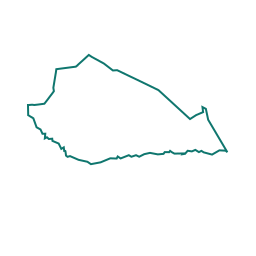 the district of Sampson, North Carolina, United States of America, rotated 299°
{"feature_id": "52423323B72025487819763", "entity_name": "Sampson", "entity_type": "district", "adm_level": 2, "iso_a3": "USA", "parent_name": "United States of America", "parent_adm1": "North Carolina", "projection": "equal_earth", "projection_center": [-78.438, 34.935], "detail": "fine", "context": "isolated", "style": "outline", "palette": "teal", "viewbox_px": 256, "rotation_deg": 299, "n_neighbors": 0, "source": "geoboundaries", "source_scale": "gbopen_adm2", "svg_char_len": 1211}
<svg xmlns="http://www.w3.org/2000/svg" viewBox="0 0 256 256"><g transform="rotate(299 128 128)"><path d="M108.1,148.2L108.3,151.7L113.0,154.9L116.9,159.3L119.4,166.9L122.6,171.6L124.7,171.8L126.8,175.7L128.4,175.9L128.1,178.0L128.1,181.0L132.5,188.6L131.6,188.5L133.1,190.4L137.0,191.2L138.5,195.2L141.5,197.5L141.3,201.7L143.6,203.3L143.4,206.0L145.5,214.4L152.8,218.8L155.5,224.4L155.0,226.6L174.1,194.1L182.5,186.8L182.4,183.0L178.3,186.0L172.4,181.4L165.9,177.9L175.9,136.3L174.3,107.4L174.2,106.1L173.3,90.5L171.0,86.9L172.7,75.6L172.6,62.1L172.9,58.3L158.5,53.4L158.2,53.5L158.0,53.4L156.9,52.8L156.4,52.7L144.7,36.8L140.8,38.3L140.1,38.5L139.6,38.7L127.0,43.2L125.2,44.6L124.3,45.3L123.0,45.2L116.8,44.3L113.8,43.9L113.2,43.8L108.7,43.1L105.2,38.4L102.7,34.9L101.9,32.9L99.7,29.6L99.6,29.4L90.8,34.5L90.6,40.5L84.3,47.7L84.3,52.2L81.5,56.0L82.9,58.4L78.6,60.3L80.6,61.6L80.0,64.1L81.9,66.9L80.1,68.2L80.8,74.9L77.4,79.8L79.9,81.2L77.1,83.3L77.3,83.5L77.4,84.0L77.5,84.2L77.5,84.3L77.4,84.5L73.8,87.2L73.5,89.1L75.3,90.9L76.2,100.2L78.8,108.9L78.4,113.1L84.7,120.7L92.9,127.2L95.8,132.9L98.1,132.8L97.8,136.3L104.6,141.9L104.5,144.9L108.1,148.2Z" fill="none" stroke="#0f766e" stroke-width="2"/></g></svg>